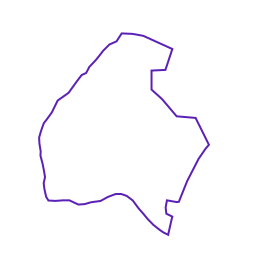 the district of Aboudéia, Salamat, Chad, rotated 107°
{"feature_id": "50815135B13353907786726", "entity_name": "Aboudéia", "entity_type": "district", "adm_level": 2, "iso_a3": "TCD", "parent_name": "Chad", "parent_adm1": "Salamat", "projection": "albers", "projection_center": [19.686, 11.562], "detail": "fine", "context": "isolated", "style": "outline", "palette": "violet", "viewbox_px": 256, "rotation_deg": 107, "n_neighbors": 0, "source": "geoboundaries", "source_scale": "gbopen_adm2", "svg_char_len": 1033}
<svg xmlns="http://www.w3.org/2000/svg" viewBox="0 0 256 256"><g transform="rotate(107 128 128)"><path d="M39.4,161.7L48.5,164.3L53.6,170.2L61.5,174.4L65.3,175.8L72.1,178.5L81.0,182.9L83.5,183.3L86.0,183.8L87.6,184.1L90.9,187.8L98.4,190.6L111.7,195.1L122.3,203.3L135.4,205.4L143.8,208.3L147.9,209.9L153.3,210.2L157.6,210.3L163.1,210.2L168.9,208.1L175.8,204.7L180.1,203.6L187.2,199.2L193.0,196.1L199.2,193.0L205.4,192.5L210.2,190.4L213.8,188.4L217.8,186.1L220.6,182.9L219.0,176.3L216.1,168.8L214.3,163.0L215.0,158.1L215.7,153.0L213.4,147.1L209.8,141.6L205.8,132.9L199.9,127.2L194.8,120.6L193.1,115.3L193.3,109.4L195.9,102.3L201.9,94.2L205.7,88.0L209.3,82.6L213.3,75.3L216.2,67.8L217.5,63.7L218.4,58.4L202.2,59.6L199.8,59.7L199.2,63.3L198.8,66.1L198.7,66.3L192.9,68.8L185.8,69.6L184.6,59.9L184.5,59.4L183.7,57.8L161.4,55.9L136.9,51.5L124.9,47.7L120.4,45.7L98.6,66.3L102.6,84.9L90.4,103.9L84.4,116.7L66.2,122.3L61.5,109.2L39.5,108.7L35.4,140.3L36.0,145.8L36.7,151.3L39.4,161.7Z" fill="none" stroke="#5b21b6" stroke-width="2"/></g></svg>